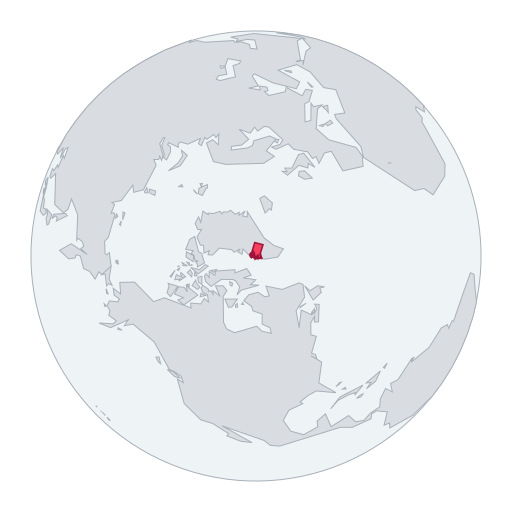 globe centered on Qeqqata Kommunia, rotated 292°
{"feature_id": "GRL-2741", "entity_name": "Qeqqata Kommunia", "entity_type": "state/province", "adm_level": 1, "iso_a3": "GRL", "parent_name": "Greenland", "parent_adm1": "", "projection": "orthographic", "projection_center": [-52.028, 66.171], "detail": "fine", "context": "on_globe", "style": "filled", "palette": "rose", "viewbox_px": 512, "rotation_deg": 292, "n_neighbors": 0, "source": "natural_earth", "source_scale": "10m", "svg_char_len": 14571}
<svg xmlns="http://www.w3.org/2000/svg" viewBox="0 0 512 512"><g transform="rotate(292 256 256)"><circle cx="256" cy="256" r="225" fill="#eef3f6" stroke="#a8b0b8"/><path d="M190.4,471.5L190.0,471.1L184.5,468.6L167.4,461.2L146.7,444.5L151.2,442.4L147.1,438.1L160.7,436.1L157.7,425.9L153.1,422.4L148.1,423.6L133.1,409.3L128.8,398.4L88.7,349.3L85.8,340.3L88.0,332.5L85.8,288.2L81.5,322.2L78.5,311.1L78.3,296.4L81.1,297.1L84.5,278.6L83.4,266.2L92.3,244.7L112.6,229.1L111.4,236.0L116.4,231.7L118.3,222.9L118.3,218.2L138.2,193.8L146.8,167.6L142.1,160.1L149.0,161.4L135.1,148.0L135.1,135.6L139.7,149.3L143.7,150.5L145.9,141.7L150.5,141.1L154.2,136.6L159.4,136.8L161.7,145.1L165.1,145.4L166.5,139.3L172.6,135.7L170.1,144.7L180.5,139.6L186.3,153.2L175.3,178.2L182.9,186.7L183.5,215.3L187.9,213.0L190.9,222.8L197.2,223.9L195.5,229.2L201.9,225.5L202.3,220.5L205.2,217.3L208.9,217.6L207.4,224.3L205.4,225.1L206.9,227.2L204.5,230.5L207.8,229.0L205.5,237.3L213.2,229.6L216.0,236.7L213.0,242.0L206.2,240.7L182.4,250.7L177.3,256.2L176.9,265.0L191.2,283.0L188.5,289.7L190.0,299.2L194.7,295.8L195.2,287.2L204.5,283.5L204.0,273.7L207.6,270.9L210.0,261.4L217.3,263.8L223.1,271.4L221.5,279.5L224.0,283.2L231.8,276.5L234.8,292.8L247.2,306.0L247.2,310.3L235.9,316.5L220.2,313.7L205.6,322.9L222.8,318.2L222.4,329.5L225.6,331.9L230.1,332.1L233.3,328.4L234.8,332.7L218.3,338.6L216.7,334.9L222.0,332.9L214.6,331.8L203.5,336.4L204.1,342.1L186.7,343.9L186.9,348.1L183.3,351.0L184.0,344.2L182.3,356.6L161.9,361.8L159.2,381.3L153.5,362.5L146.3,356.6L137.2,351.5L136.6,354.7L125.5,344.3L113.7,342.8L106.6,353.9L108.2,367.2L120.8,377.3L125.8,374.5L135.7,379.5L125.9,389.6L142.8,401.7L139.6,410.4L144.1,417.7L153.3,421.0L162.5,427.3L170.0,424.8L181.7,425.8L181.1,433.3L188.3,428.5L194.3,433.9L218.1,438.6L216.1,439.9L236.0,450.7L258.8,454.8L264.1,459.1L261.2,461.7L269.4,462.1L269.5,463.6L303.0,461.8L320.8,461.1L320.7,465.0L306.7,471.9L296.2,477.6L282.2,479.8L263.7,481.1L245.1,481.0L226.6,479.4L208.3,476.2L190.4,471.5ZM48.9,180.5L50.8,178.3L48.9,182.6L48.9,180.5ZM52.5,174.9L51.7,176.1L52.5,174.7L52.5,174.9ZM53.4,172.6L52.7,174.3L53.3,172.5L53.4,172.6ZM54.4,169.7L53.9,171.2L54.4,169.7ZM156.8,386.7L176.3,403.5L164.0,399.7L166.6,399.2L161.9,393.7L152.8,386.1L142.3,382.5L156.8,386.7ZM56.6,164.8L57.2,163.5L56.9,164.7L56.6,164.8ZM168.3,381.2L164.9,379.0L168.4,380.4L168.3,381.2ZM117.6,216.3L117.8,222.9L114.5,231.2L113.7,225.7L117.6,216.3ZM124.7,201.1L126.1,203.8L120.3,207.9L121.3,205.0L124.7,201.1ZM137.8,155.0L137.1,159.8L136.2,155.4L137.8,155.0ZM153.7,136.0L152.5,134.9L154.9,133.1L153.7,136.0ZM205.8,260.7L207.8,261.1L206.4,262.7L205.8,260.7ZM204.9,256.4L201.7,258.0L200.8,256.2L202.8,255.2L204.9,256.4ZM165.2,131.7L169.6,129.2L165.5,133.1L165.2,131.7ZM209.1,254.9L199.7,252.7L198.1,249.6L204.4,243.3L209.1,254.9ZM172.3,128.7L182.8,123.0L180.9,119.9L192.3,125.5L179.6,128.4L174.9,133.6L175.3,129.7L172.3,128.7ZM200.8,218.9L200.6,224.2L197.3,219.5L200.8,218.9ZM198.0,216.7L183.7,207.5L185.9,200.0L190.2,204.5L190.2,194.7L198.3,195.5L200.1,201.1L197.1,205.7L202.5,202.5L198.0,216.7ZM196.8,129.7L199.7,129.7L197.1,131.3L196.8,129.7ZM206.1,215.7L203.1,214.4L204.7,207.8L211.2,209.1L208.6,210.8L206.1,215.7ZM186.3,191.9L188.6,187.3L195.8,186.6L197.7,184.8L198.7,194.9L186.3,191.9ZM210.1,212.5L214.4,210.0L217.0,213.4L209.3,216.5L210.1,212.5ZM202.4,205.5L203.5,202.5L205.0,204.6L202.4,205.5ZM228.7,224.5L225.0,223.0L225.5,219.3L228.7,224.5ZM215.9,208.9L214.9,207.7L214.7,206.1L218.0,205.3L215.9,208.9ZM203.7,193.8L206.2,194.6L203.6,189.6L208.9,189.1L208.6,196.0L210.9,192.8L212.6,192.6L210.5,198.5L203.7,193.8ZM220.8,199.8L222.2,208.7L229.0,212.2L228.7,215.5L217.8,209.2L220.8,199.8ZM214.9,198.5L218.5,200.0L216.3,203.2L212.5,204.2L214.9,198.5ZM212.6,186.3L204.6,185.3L204.9,183.9L212.6,186.3ZM223.2,200.2L222.8,198.1L223.9,200.0L223.2,200.2ZM216.3,189.8L213.5,189.6L213.9,188.0L216.3,189.8ZM224.4,194.0L224.8,196.8L222.3,197.5L224.4,194.0ZM221.1,191.6L222.4,189.3L221.1,196.1L219.7,191.7L221.1,191.6ZM217.3,188.3L216.6,187.2L218.4,188.6L217.3,188.3ZM233.8,189.9L232.8,198.2L227.2,199.7L228.9,191.4L233.8,189.9ZM376.6,65.8L379.7,68.1L393.5,77.9L412.3,93.8L431.8,115.1L432.2,115.7L428.6,113.7L433.5,120.1L435.0,128.4L447.4,154.7L446.1,156.2L449.1,162.3L449.6,170.8L446.4,172.8L448.2,179.5L455.8,174.0L453.6,166.8L447.5,157.3L450.4,157.8L449.5,150.5L461.4,170.5L474.8,216.8L471.0,213.6L454.5,223.8L452.1,220.8L451.8,220.7L451.3,220.6L455.1,226.7L450.5,228.0L464.8,225.6L469.5,228.6L475.1,217.7L475.8,220.8L476.1,216.1L470.6,191.2L471.7,193.4L477.4,214.1L479.8,230.2L481.1,246.4L481.2,262.7L480.1,278.9L477.9,295.0L474.5,310.9L470.0,326.5L464.3,341.8L457.6,356.6L458.3,354.8L452.7,358.2L454.3,348.3L451.4,349.5L446.4,358.4L442.4,359.6L438.8,364.4L412.2,396.8L400.7,401.1L379.1,397.3L381.5,386.4L376.1,378.6L387.7,318.8L396.8,312.2L413.4,278.9L416.7,275.8L421.9,284.8L440.1,267.7L437.5,255.6L447.0,237.1L448.7,222.1L436.6,206.9L433.8,231.3L426.2,230.7L422.9,207.0L424.3,186.0L421.4,185.1L414.6,194.6L408.9,186.3L411.5,197.7L414.9,195.7L416.7,202.9L413.7,205.2L411.7,202.1L409.6,207.7L419.2,221.5L423.7,221.0L421.8,238.8L429.1,239.7L430.7,246.2L419.0,247.3L415.5,244.1L398.7,251.2L402.2,256.1L418.3,249.8L416.0,253.4L420.8,260.5L415.3,258.0L396.7,264.0L391.0,279.9L394.2,308.1L388.6,317.1L379.2,321.7L367.5,304.7L381.3,286.7L377.3,280.9L365.5,279.7L370.7,274.5L367.6,271.9L371.9,265.0L369.1,251.1L372.1,243.8L362.5,234.6L362.8,229.7L368.4,236.4L373.9,237.4L380.4,219.6L379.2,215.1L372.4,210.6L375.0,206.5L367.7,204.5L367.2,193.0L361.6,205.5L353.5,201.1L348.5,192.3L344.9,193.2L352.9,207.5L357.0,211.3L362.1,210.9L372.4,223.7L372.0,230.7L357.4,226.1L355.2,235.7L344.8,228.4L329.6,193.5L327.6,181.2L342.2,167.7L347.6,172.3L345.0,179.3L355.3,175.8L350.7,174.6L352.9,171.3L345.7,166.6L346.9,164.1L337.9,164.1L338.6,160.5L344.3,160.5L334.2,150.9L333.3,142.9L330.5,142.0L327.7,143.3L328.4,132.5L326.3,132.3L325.2,135.8L320.2,137.7L311.7,137.1L312.5,133.4L315.6,133.1L323.3,127.1L331.6,127.2L331.0,125.6L324.0,124.7L314.6,132.0L309.3,132.7L313.0,128.5L311.3,130.1L308.9,129.3L307.2,125.1L302.7,129.4L275.2,126.8L269.2,118.8L275.6,115.2L257.1,110.4L251.7,102.4L250.8,105.5L241.3,105.7L242.8,108.2L241.6,109.7L217.9,112.1L212.9,110.1L201.6,115.2L201.1,116.9L204.2,118.7L192.3,125.5L180.9,119.9L182.6,116.3L174.3,115.5L179.4,107.6L179.8,100.9L190.2,93.1L189.6,88.7L186.4,89.0L183.2,83.4L187.7,71.7L198.1,80.1L194.2,98.9L197.0,90.9L200.6,92.6L204.2,89.7L205.8,84.3L203.4,83.8L227.5,75.2L239.8,63.6L228.8,64.2L224.0,61.3L228.3,50.1L257.3,39.4L251.3,36.5L252.4,35.1L260.8,34.6L259.5,36.6L266.1,37.9L264.0,39.3L277.1,39.6L274.8,41.6L286.1,41.2L284.2,39.1L273.5,37.8L284.3,36.9L276.2,33.8L277.7,32.5L297.1,34.5L313.8,38.3L330.3,43.3L346.3,49.6L361.8,57.1L376.6,65.8ZM391.5,343.4L393.0,346.4L393.0,346.5L391.5,343.4ZM431.1,168.7L428.5,155.9L420.6,156.3L418.9,151.5L416.8,153.5L420.0,156.4L413.5,160.9L409.1,153.6L404.8,153.0L405.4,157.3L414.5,169.9L423.9,163.4L428.4,168.6L431.1,168.7ZM218.9,438.6L221.7,440.5L217.8,439.9L218.9,438.6ZM161.7,402.6L166.1,404.7L168.2,407.0L164.7,406.0L161.7,402.6ZM200.5,415.8L205.8,417.8L200.0,417.2L200.5,415.8ZM179.5,405.7L196.1,414.4L184.8,413.8L174.4,408.2L181.9,410.0L179.5,405.7ZM165.0,386.0L167.6,387.9L166.4,389.3L165.0,386.0ZM171.0,382.3L169.8,382.0L168.8,379.9L171.0,382.3ZM223.4,329.1L224.8,328.7L229.1,329.9L226.5,331.2L223.4,329.1ZM251.4,324.3L253.2,331.2L250.2,327.1L246.9,330.2L236.6,325.5L246.6,312.3L243.9,319.0L251.4,324.3ZM225.5,315.9L231.0,320.2L224.6,316.1L225.5,315.9ZM346.2,265.4L350.6,264.3L353.2,269.0L349.3,279.0L345.4,272.3L346.2,265.4ZM356.1,261.7L342.7,254.9L344.5,248.6L345.8,253.2L348.3,249.8L351.0,256.4L365.9,257.4L369.2,261.7L360.3,277.4L361.4,269.8L357.1,271.2L356.1,261.7ZM305.0,250.8L299.2,248.4L310.8,237.9L314.9,241.3L311.3,251.3L304.3,253.1L305.0,250.8ZM222.0,244.6L219.0,244.9L219.4,242.9L222.3,241.2L222.0,244.6ZM226.9,224.1L235.4,241.7L232.4,242.8L240.9,252.1L236.4,258.7L231.0,252.4L233.9,264.7L227.3,261.7L230.1,269.7L218.7,255.0L212.8,253.0L221.0,252.6L225.4,246.5L225.5,243.3L221.4,232.7L210.9,225.7L213.5,218.8L218.1,215.7L221.0,216.4L218.4,220.6L224.2,218.4L222.7,225.1L226.9,224.1ZM270.8,188.0L266.5,192.1L277.8,190.0L276.4,196.1L277.8,195.5L279.5,200.7L284.0,206.0L282.3,208.6L284.8,209.5L286.0,213.1L288.9,215.3L286.8,220.9L290.2,224.1L287.3,224.9L293.6,229.0L288.0,228.5L289.0,233.2L293.9,231.3L275.8,256.9L272.5,268.5L272.9,278.7L263.2,276.6L256.7,266.0L253.0,251.9L257.6,241.2L252.4,242.4L253.0,237.7L256.8,238.7L251.3,234.3L252.8,230.8L249.6,219.1L240.6,215.3L239.2,211.0L243.5,210.7L239.1,206.7L246.2,203.4L245.3,200.3L251.5,194.1L260.3,195.6L258.7,192.1L263.3,187.4L270.8,188.0ZM235.8,188.3L246.6,188.3L251.1,191.8L238.4,201.2L238.2,204.4L230.3,210.9L223.9,205.8L226.8,204.4L228.1,201.8L229.6,204.4L229.4,200.5L233.3,198.5L234.2,194.9L237.4,195.9L235.8,188.3ZM416.1,269.3L417.8,266.5L419.5,261.5L422.6,266.0L416.1,269.3ZM403.6,273.7L404.6,270.6L409.8,274.2L407.9,277.3L403.6,273.7ZM400.7,266.0L404.2,270.2L401.2,269.7L400.7,266.0ZM368.8,233.5L369.3,230.1L371.1,230.6L372.8,233.5L368.8,233.5ZM304.0,184.1L300.9,185.6L300.0,184.4L291.9,183.6L292.3,179.1L297.4,177.8L304.0,184.1ZM438.7,212.8L440.8,219.1L439.4,220.4L439.0,218.0L438.7,212.8ZM433.3,244.1L436.6,238.3L434.1,245.4L433.3,244.1ZM303.2,179.1L299.8,179.3L302.1,177.0L303.2,179.1ZM292.3,175.8L294.2,172.9L291.5,178.5L292.3,175.8ZM284.0,32.5L279.0,32.0L280.0,32.0L284.0,32.5ZM302.3,142.9L313.1,148.9L321.1,150.5L326.1,147.3L323.6,154.6L311.3,152.0L302.3,142.9ZM278.5,129.1L274.2,132.3L272.9,129.5L273.8,128.4L278.5,129.1ZM278.1,132.0L278.6,138.6L274.2,139.5L274.6,134.1L278.1,132.0ZM291.4,158.4L294.5,160.4L292.6,162.2L291.4,158.4ZM239.3,34.1L239.9,34.9L234.4,35.5L235.5,34.7L239.3,34.1ZM216.8,39.0L233.1,36.0L246.2,34.4L242.8,34.1L246.9,32.7L251.3,33.8L241.1,35.9L231.4,36.9L228.7,38.8L220.8,41.0L220.7,43.6L216.8,45.4L214.0,43.4L216.8,39.0ZM221.0,44.8L217.8,51.0L208.0,51.8L206.5,50.6L212.1,47.3L216.9,47.1L221.0,44.8ZM214.2,52.8L218.9,52.7L224.1,63.4L222.7,65.9L213.6,57.8L217.5,57.3L217.9,54.7L214.2,52.8ZM199.5,127.7L199.7,129.5L197.7,128.4L199.5,127.7ZM242.7,111.1L240.8,113.0L238.5,111.5L242.7,111.1ZM234.1,117.6L238.0,117.9L233.6,119.1L234.1,117.6ZM246.9,118.4L239.5,118.8L247.0,116.2L246.9,118.4Z" fill="#d9dde1" stroke="#a8b0b8" stroke-width="1"/><path d="M256.0,262.2L255.9,262.3L255.8,262.1L256.0,262.1L255.8,262.0L255.8,261.9L255.8,261.7L256.0,261.6L256.2,261.4L256.3,261.3L256.6,261.2L256.8,261.1L257.0,260.8L257.3,260.5L257.1,260.6L256.7,260.9L256.5,261.0L256.6,260.9L256.6,260.7L256.8,260.6L256.6,260.5L256.5,260.8L256.4,260.8L256.4,261.0L256.5,261.1L256.4,261.2L256.1,261.3L255.9,261.4L256.1,261.2L256.0,260.9L255.9,260.9L256.0,261.1L255.7,261.4L255.8,261.1L255.7,261.1L255.7,260.9L255.9,260.8L256.0,260.7L255.9,260.7L255.7,260.5L255.8,260.4L255.6,260.3L255.6,260.2L255.8,260.2L255.7,259.9L256.0,259.4L255.8,259.7L255.6,259.8L255.5,259.7L255.7,259.4L255.5,259.5L255.5,259.4L255.4,259.5L255.3,259.8L255.2,259.8L255.3,259.5L255.3,259.4L255.2,259.5L255.1,259.4L255.4,259.0L255.7,258.9L255.8,258.8L256.1,258.7L256.3,258.5L256.4,258.3L256.5,258.3L256.2,258.2L256.6,257.8L256.9,257.7L257.7,257.6L258.1,257.9L258.4,257.8L258.0,257.8L258.2,257.7L257.9,257.7L257.6,257.5L257.3,257.5L256.9,257.6L256.2,258.0L256.1,258.3L255.9,258.6L255.7,258.8L255.4,258.9L255.2,259.1L255.2,258.9L255.3,258.6L255.1,258.7L255.3,258.1L254.9,258.6L254.7,258.4L254.8,258.3L255.0,258.2L254.7,258.2L254.8,258.2L255.2,257.9L254.8,258.1L255.0,257.8L254.9,257.8L254.9,257.6L254.9,257.4L254.8,257.8L254.7,257.9L254.4,258.0L254.0,257.9L254.2,257.7L254.4,257.7L254.7,257.4L254.3,257.6L254.0,257.6L254.4,257.4L254.4,257.2L254.6,257.1L254.9,256.9L255.1,257.1L255.5,257.2L255.6,257.3L255.7,257.2L255.7,256.9L256.1,256.7L256.5,256.9L256.3,256.6L256.5,256.4L255.7,256.7L255.6,257.0L255.2,257.0L255.1,256.8L255.2,256.7L254.9,256.8L254.8,256.7L254.8,256.9L254.1,257.2L254.6,256.6L254.0,256.9L253.9,256.9L253.7,256.7L253.8,256.6L254.3,256.6L253.9,256.6L254.0,256.5L253.8,256.6L253.7,256.5L253.8,256.3L254.5,256.0L254.9,255.6L254.9,255.4L255.5,254.9L256.1,254.8L256.1,254.7L256.2,254.1L256.6,253.9L256.9,253.9L257.0,253.5L257.2,253.3L257.4,253.4L257.4,253.2L257.8,253.4L258.1,253.3L258.6,253.4L258.1,253.2L257.9,253.3L257.6,253.1L258.1,252.7L258.7,252.7L258.9,252.8L259.1,252.8L258.8,252.7L258.7,252.7L258.4,252.7L258.1,252.7L258.3,252.5L258.7,252.4L258.2,252.5L257.7,252.8L257.4,253.0L256.8,253.4L256.5,253.8L256.1,254.1L255.8,254.6L254.9,255.3L254.6,255.7L254.4,255.9L253.9,256.2L253.7,256.2L253.4,256.1L253.7,256.0L253.4,256.1L253.5,255.9L253.6,255.7L254.3,255.5L254.0,255.5L253.6,255.7L253.4,255.6L253.5,255.4L253.4,255.3L253.4,255.2L253.5,255.0L253.6,254.8L253.5,255.0L253.5,254.8L253.6,254.7L253.9,254.5L254.1,254.6L253.9,254.6L254.2,254.7L254.6,254.5L255.3,254.6L254.8,254.4L254.1,254.5L253.8,254.4L254.0,254.2L253.7,254.2L253.8,254.2L254.1,253.9L254.4,254.0L254.9,253.9L255.0,253.9L255.1,253.7L254.8,253.7L254.5,253.9L254.3,253.8L254.2,253.7L254.8,253.7L255.0,253.5L255.0,253.4L254.8,253.5L254.7,253.4L254.3,253.6L254.4,253.4L254.5,253.3L255.3,253.3L255.6,253.5L255.7,253.3L255.3,253.2L255.6,253.1L255.3,253.1L255.3,252.9L255.1,253.1L254.8,253.2L254.7,253.1L254.4,253.1L253.5,253.1L253.4,253.0L253.5,252.9L253.3,252.9L253.2,252.8L253.9,252.7L254.0,252.8L254.2,252.7L253.6,252.7L253.3,252.6L253.2,252.4L253.4,252.4L253.6,252.4L253.9,252.3L253.7,252.4L253.0,252.4L253.1,252.2L253.9,251.9L253.6,251.8L253.8,251.8L254.4,251.7L254.5,251.6L255.2,251.5L255.3,251.5L255.4,251.4L255.8,251.3L256.0,251.4L256.7,251.4L256.9,251.5L256.9,251.8L257.1,252.2L257.3,252.2L257.8,252.0L258.1,252.0L258.5,252.0L258.4,251.9L257.8,251.9L257.4,252.2L257.0,251.8L256.9,251.4L257.2,251.2L257.4,251.1L256.1,251.3L255.8,251.1L254.4,251.6L254.2,251.6L254.3,251.4L254.2,251.4L254.0,251.6L253.8,251.6L253.3,251.9L253.2,251.8L253.2,251.7L253.2,251.4L253.3,251.4L253.2,251.3L253.3,251.2L253.6,250.8L254.4,250.4L254.2,250.4L254.7,250.0L254.4,250.1L254.5,250.0L254.7,249.9L254.9,250.0L255.2,249.9L254.8,249.8L255.2,249.7L255.4,249.7L255.9,250.0L255.9,249.9L256.2,250.1L256.9,250.1L257.0,250.1L256.9,250.1L257.0,250.1L257.6,250.4L257.8,250.7L258.0,250.8L258.3,250.8L258.8,250.9L258.7,250.8L258.8,250.8L259.2,250.7L259.4,250.5L259.9,250.5L268.0,249.8L269.1,258.3L259.2,259.1L258.7,259.4L258.2,259.9L257.9,260.0L257.7,259.7L257.8,260.0L257.8,260.3L257.9,260.6L258.0,260.6L257.7,260.8L257.6,261.0L257.4,261.0L256.9,261.1L257.0,261.3L256.8,261.4L256.8,261.5L256.7,261.6L256.5,262.1L256.0,262.2ZM254.1,258.1L254.7,258.0L254.5,258.4L254.4,258.5L254.1,258.4L254.0,258.2L254.1,258.1Z" fill="#f43f5e" stroke="#9f1239" stroke-width="1.5"/></g></svg>